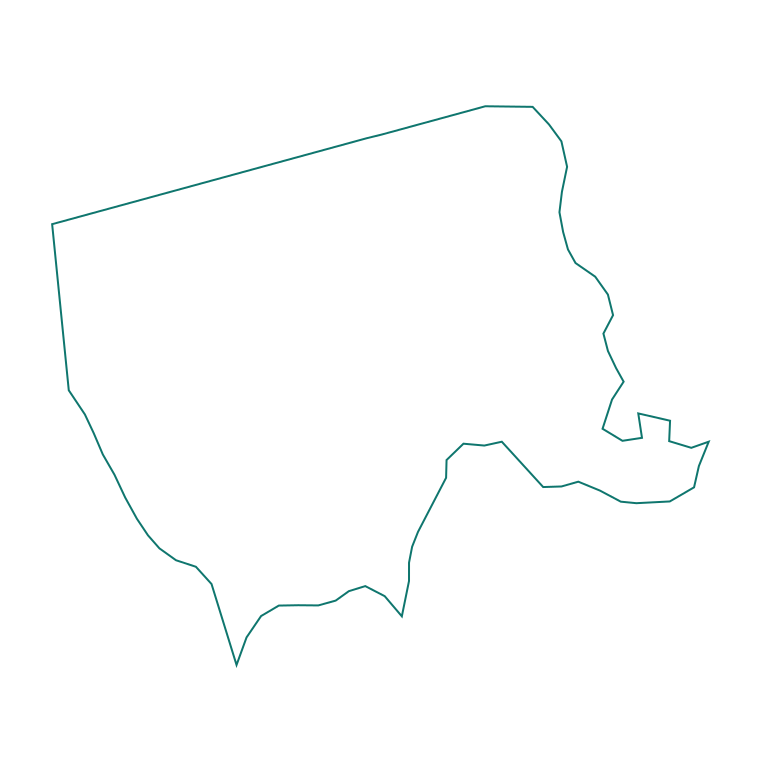 Pacujá, Ceará, Brazil, rotated 86°
{"feature_id": "56859067B42415660156267", "entity_name": "Pacujá", "entity_type": "district", "adm_level": 2, "iso_a3": "BRA", "parent_name": "Brazil", "parent_adm1": "Ceará", "projection": "orthographic", "projection_center": [-40.67, -3.999], "detail": "fine", "context": "isolated", "style": "outline", "palette": "teal", "viewbox_px": 768, "rotation_deg": 86, "n_neighbors": 0, "source": "geoboundaries", "source_scale": "gbopen_adm2", "svg_char_len": 1012}
<svg xmlns="http://www.w3.org/2000/svg" viewBox="0 0 768 768"><g transform="rotate(86 384 384)"><path d="M464.2,64.1L469.1,81.9L460.9,103.5L440.6,101.2L431.1,132.4L455.7,130.4L457.3,150.1L443.9,169.1L415.4,157.6L398.4,144.8L384.3,151.4L366.7,158.3L349.0,161.6L331.3,150.7L310.4,154.4L291.7,165.8L276.7,184.5L262.6,191.1L244.9,194.7L224.9,197.0L204.7,193.1L180.1,186.2L154.3,190.1L136.6,201.3L117.9,216.4L114.0,263.6L135.0,368.9L137.6,384.0L201.4,703.9L368.3,698.9L393.5,684.5L412.8,677.0L434.7,669.4L455.7,659.2L479.2,650.1L501.2,639.9L518.5,630.0L532.3,619.5L545.3,603.8L553.2,584.4L571.5,570.0L654.0,550.7L627.2,538.8L606.9,522.8L597.7,504.4L598.7,485.0L600.3,465.0L596.7,447.3L588.2,433.5L584.3,416.8L595.7,398.1L617.0,382.4L582.3,372.8L564.0,371.5L548.3,367.3L533.9,360.4L481.9,328.6L464.2,326.9L449.1,308.9L452.4,288.2L449.8,270.5L497.9,232.4L498.6,214.1L495.0,197.0L505.4,176.0L517.9,156.0L520.5,140.6L521.1,107.1L508.7,81.9L487.8,75.6L464.2,64.1Z" fill="none" stroke="#0f766e" stroke-width="2"/></g></svg>